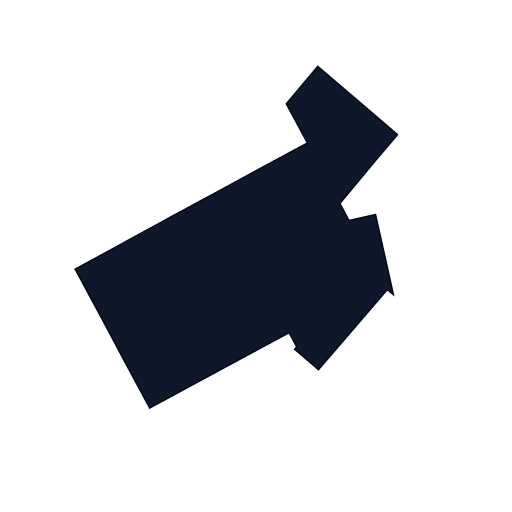 Independencia, Chaco, Argentina (Mercator projection), rotated 220°
{"feature_id": "61730980B54017945662210", "entity_name": "Independencia", "entity_type": "district", "adm_level": 2, "iso_a3": "ARG", "parent_name": "Argentina", "parent_adm1": "Chaco", "projection": "mercator", "projection_center": [-60.743, -26.743], "detail": "fine", "context": "isolated", "style": "filled", "palette": "ink", "viewbox_px": 512, "rotation_deg": 220, "n_neighbors": 0, "source": "geoboundaries", "source_scale": "gbopen_adm2", "svg_char_len": 695}
<svg xmlns="http://www.w3.org/2000/svg" viewBox="0 0 512 512"><g transform="rotate(220 256 256)"><path d="M330.6,392.1L289.2,375.6L290.9,371.5L308.1,328.3L308.8,326.4L326.2,282.1L328.1,277.3L328.2,277.0L333.0,265.1L342.7,240.4L345.9,232.6L347.4,228.7L347.8,227.7L348.7,225.2L364.6,184.6L365.9,181.0L386.1,129.7L339.8,111.3L337.4,110.4L291.4,91.8L288.7,90.7L240.2,71.4L239.8,71.1L182.1,216.7L181.4,218.6L166.5,212.6L166.5,209.4L135.1,209.1L134.2,280.9L133.8,314.7L131.3,314.7L125.9,314.7L126.9,315.5L191.1,364.6L206.9,343.9L207.5,342.9L225.5,350.2L225.8,406.1L225.7,419.5L225.6,439.9L278.0,440.5L278.4,440.5L330.6,440.9L330.6,392.1Z" fill="#0f172a" stroke="#020617" stroke-width="1.5"/></g></svg>